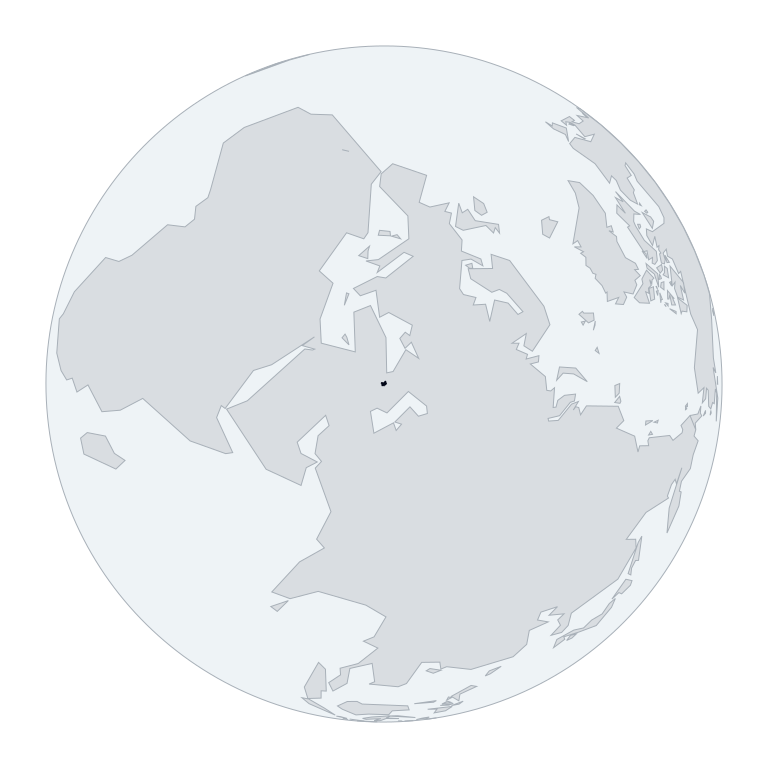 Shirak highlighted on a globe, orthographic projection, rotated 80°
{"feature_id": "ARM-1555", "entity_name": "Shirak", "entity_type": "Province", "adm_level": 1, "iso_a3": "ARM", "parent_name": "Armenia", "parent_adm1": "", "projection": "orthographic", "projection_center": [43.928, 40.787], "detail": "fine", "context": "on_globe", "style": "filled", "palette": "ink", "viewbox_px": 768, "rotation_deg": 80, "n_neighbors": 0, "source": "natural_earth", "source_scale": "10m", "svg_char_len": 11442}
<svg xmlns="http://www.w3.org/2000/svg" viewBox="0 0 768 768"><g transform="rotate(80 384 384)"><circle cx="384" cy="384" r="338" fill="#eef3f6" stroke="#a8b0b8"/><path d="M332.4,50.0L333.3,49.9L345.0,48.5L351.9,47.8L377.8,50.2L415.5,55.1L430.7,55.3L424.8,57.0L455.9,57.7L478.5,63.3L450.9,58.0L446.4,58.5L460.7,62.2L459.3,63.6L465.3,66.5L462.3,68.1L446.4,65.8L444.2,67.1L454.4,69.8L457.9,73.8L443.1,69.5L447.6,76.2L421.8,75.5L384.9,65.8L368.4,69.8L324.6,72.3L326.4,74.7L311.0,78.3L307.3,82.6L300.2,82.6L303.5,86.3L310.6,85.5L314.4,87.0L313.0,89.8L303.7,90.0L303.1,88.6L299.5,90.2L295.5,89.2L296.7,91.3L285.6,91.7L294.3,95.5L283.5,99.4L276.8,98.7L280.6,93.2L274.4,80.4L268.8,79.4L257.0,82.6L228.2,99.5L220.6,101.2L208.2,107.6L210.8,108.7L221.5,104.3L223.4,108.8L236.3,103.8L238.9,105.2L250.9,103.0L245.7,109.6L234.1,117.5L223.9,119.9L218.5,123.8L225.4,127.0L203.7,137.9L184.8,156.7L179.5,159.4L174.3,153.2L181.3,138.3L174.5,133.5L175.3,143.3L162.2,151.0L158.6,155.5L157.3,159.4L160.9,159.3L155.6,163.8L152.8,154.9L157.5,150.7L158.4,153.3L161.6,146.7L159.6,142.2L153.1,147.2L157.0,137.5L152.4,141.2L150.6,141.7L157.7,136.2L145.1,146.4L147.2,142.9L166.7,125.2L187.5,109.1L209.5,94.6L232.5,81.9L256.5,71.1L281.2,62.1L306.6,55.1L332.4,50.0ZM46.5,400.0L48.4,420.2L53.6,449.7L56.3,465.4L56.5,467.3L49.8,433.9L46.5,400.0ZM336.6,49.4L343.8,48.5L355.3,47.5L345.3,48.4L335.4,49.6L336.6,49.4ZM374.2,47.3L369.1,47.7L366.3,47.0L370.1,47.0L374.2,47.3ZM442.0,55.8L434.1,54.3L442.2,55.4L442.0,55.8ZM466.7,66.7L469.4,66.8L471.4,68.3L466.7,66.7ZM253.0,99.7L251.9,101.3L250.3,100.9L253.0,99.7ZM259.2,97.4L258.0,95.7L260.7,94.4L261.4,95.5L259.2,97.4ZM468.6,72.4L471.0,75.2L465.8,71.9L468.6,72.4ZM260.0,99.9L265.8,92.4L270.6,90.2L277.3,92.7L260.0,99.9ZM470.6,76.6L476.6,84.3L483.2,84.9L468.2,88.1L468.0,80.1L460.6,75.7L467.5,77.5L470.6,76.6ZM313.6,84.2L305.9,85.0L313.7,81.9L313.6,84.2ZM317.6,81.8L336.2,71.4L346.8,72.0L338.4,75.1L353.3,74.4L349.4,79.7L340.4,81.3L334.2,79.7L337.4,83.1L317.6,81.8ZM458.9,89.1L458.0,90.9L455.9,88.6L458.9,89.1ZM316.6,87.4L319.4,85.0L328.8,85.3L324.9,90.2L323.1,88.5L316.6,87.4ZM359.2,71.8L365.5,73.2L364.0,77.8L366.3,79.1L350.2,79.9L359.2,71.8ZM320.2,89.8L322.7,92.7L316.9,95.3L314.5,89.9L320.2,89.8ZM332.9,83.4L337.2,83.8L333.5,85.1L332.9,83.4ZM297.7,106.8L300.9,103.4L306.1,103.1L297.7,106.8ZM324.0,93.7L326.0,92.8L328.4,92.5L328.8,95.0L324.0,93.7ZM350.4,83.3L348.4,85.1L356.8,83.2L356.1,86.9L345.5,87.0L349.8,88.6L349.6,89.8L341.2,88.6L350.4,83.3ZM336.4,96.6L322.7,98.7L315.7,104.8L310.9,105.0L323.0,95.3L336.4,96.6ZM339.9,91.9L336.7,94.8L332.3,93.4L331.9,90.6L339.9,91.9ZM359.4,89.7L363.3,83.8L365.5,84.1L359.4,89.7ZM335.2,98.6L338.6,98.1L335.2,99.1L335.2,98.6ZM353.0,92.6L354.0,90.3L356.5,90.7L353.0,92.6ZM344.4,99.1L339.9,99.7L339.5,97.7L344.4,99.1ZM349.0,96.3L352.1,97.3L342.0,96.6L349.1,95.2L349.0,96.3ZM355.1,93.2L356.9,92.7L354.3,94.1L355.1,93.2ZM348.5,106.8L335.9,106.4L335.0,101.8L347.4,102.7L348.5,106.8ZM107.1,477.1L96.6,420.6L105.6,409.1L110.0,388.2L174.4,350.0L185.0,361.8L232.2,373.5L237.5,378.7L228.6,394.6L261.4,428.1L275.9,416.7L308.9,435.7L332.9,438.7L347.4,406.7L308.0,401.2L304.4,383.7L338.6,374.0L373.5,379.4L373.3,372.9L354.0,356.5L364.8,345.4L347.6,349.8L352.5,357.1L341.9,360.5L336.7,354.1L340.8,350.2L331.0,345.9L314.4,366.9L317.5,376.7L290.3,375.6L293.0,392.0L284.6,397.5L277.0,372.0L279.9,363.8L263.3,333.1L257.8,341.4L273.0,371.3L267.0,367.6L259.7,380.4L260.5,367.9L245.3,334.3L222.6,331.3L188.8,354.0L176.6,350.3L168.6,337.2L185.9,305.8L211.2,317.8L217.7,308.1L216.9,288.4L224.6,294.1L227.4,287.9L237.4,291.8L255.7,282.1L266.5,284.7L277.7,266.9L284.8,266.1L276.1,276.6L275.9,285.8L303.2,293.0L309.7,290.2L314.8,278.4L321.7,282.4L323.1,270.1L340.8,269.0L320.5,260.5L325.9,247.7L338.8,240.0L336.9,234.6L316.0,247.3L310.9,254.0L312.4,261.9L295.4,280.3L285.1,281.1L289.1,257.0L274.9,256.0L284.2,238.8L335.2,213.0L354.4,210.3L377.5,232.2L370.7,239.6L359.0,235.1L366.1,250.9L367.3,244.0L373.0,247.7L379.7,237.5L384.1,239.7L383.0,226.5L389.1,228.1L389.7,236.4L404.7,223.8L418.5,224.8L419.8,221.0L417.3,216.7L436.5,221.5L436.6,218.6L430.3,215.7L426.5,208.2L427.2,197.1L433.8,199.4L434.4,203.7L445.7,216.6L446.4,228.4L449.1,228.3L450.1,218.7L436.4,202.8L435.0,195.6L442.5,202.1L439.7,199.1L441.0,196.3L448.5,195.8L440.7,188.4L446.6,157.2L461.7,154.2L467.8,162.8L478.9,146.2L495.1,145.7L489.3,142.9L490.7,134.1L485.7,134.0L483.0,132.1L484.3,111.6L489.7,109.2L483.8,98.9L480.8,97.7L476.4,98.7L468.2,88.1L483.2,84.9L489.1,87.7L494.5,84.5L507.4,91.8L520.5,97.0L531.5,108.0L540.9,111.7L541.9,110.1L555.4,114.8L579.9,131.2L555.7,124.7L518.2,105.2L533.1,113.3L528.4,113.8L533.0,118.4L543.6,124.4L545.7,123.6L556.0,148.3L579.1,172.4L580.6,163.1L589.2,164.2L616.8,187.6L642.2,239.3L653.8,244.6L659.5,252.2L660.5,263.1L652.2,252.1L646.5,253.9L641.6,246.6L640.4,261.6L633.4,251.8L635.9,269.1L643.1,273.8L646.8,263.6L651.9,283.7L665.2,288.7L675.0,304.2L680.2,347.9L673.3,371.4L674.6,377.5L667.6,377.3L664.7,395.2L682.9,413.9L684.6,422.7L676.9,450.8L675.6,444.9L657.1,444.2L658.2,467.0L672.4,472.4L677.5,487.6L668.5,490.3L662.9,477.3L656.3,476.6L654.8,457.9L643.0,435.9L633.7,448.9L631.3,437.7L613.7,422.5L598.6,440.3L576.8,484.8L579.1,513.8L569.3,530.6L544.5,498.0L535.1,471.2L525.1,477.3L500.5,458.4L454.9,466.3L449.4,459.0L440.6,464.0L423.5,457.9L415.5,445.3L404.7,446.9L426.2,479.6L438.0,477.8L449.2,463.3L452.9,475.1L469.5,483.3L447.5,514.9L381.4,543.4L376.8,521.5L335.8,455.9L338.1,448.6L338.0,447.8L337.6,446.2L332.0,457.8L325.5,444.3L345.5,491.3L348.0,510.2L380.5,544.7L377.0,548.0L388.0,554.7L425.3,544.9L425.1,552.0L406.4,584.8L356.3,624.1L364.0,648.3L362.3,666.6L333.5,675.7L338.6,687.8L324.1,690.0L324.9,695.8L314.7,699.7L296.7,700.9L263.4,692.4L259.2,687.6L239.4,672.9L211.1,636.2L217.3,623.8L213.4,609.8L189.6,569.5L194.7,552.7L188.8,542.0L176.4,538.4L169.9,525.1L162.6,521.1L118.8,500.4L107.1,477.1ZM148.8,378.0L146.3,384.0L146.2,384.0L148.8,378.0ZM408.6,402.1L430.7,402.5L423.9,381.4L431.9,380.1L426.6,373.7L423.3,379.9L411.0,362.4L421.7,355.7L420.6,346.4L413.1,345.9L395.6,361.3L413.0,386.1L406.6,395.0L408.6,402.1ZM162.4,151.5L162.5,152.4L160.1,156.8L159.2,155.7L162.4,151.5ZM162.2,172.7L153.8,179.5L159.1,173.5L156.1,172.8L163.6,160.0L177.3,160.1L169.8,162.0L162.2,172.7ZM177.4,144.0L171.1,151.4L177.4,143.4L177.4,144.0ZM232.8,252.6L234.8,258.6L228.9,264.4L215.2,263.3L223.6,254.5L232.8,252.6ZM239.0,265.8L246.7,243.5L255.5,244.0L249.3,247.3L254.3,249.9L245.6,256.1L246.4,279.3L241.3,286.2L218.9,279.0L229.0,277.2L226.5,271.2L239.0,265.8ZM250.9,192.5L254.4,184.7L269.0,195.6L264.1,201.7L250.1,200.4L247.8,192.5L250.9,192.5ZM270.8,106.5L271.2,104.2L273.8,103.9L275.5,105.7L270.8,106.5ZM298.8,105.2L271.8,116.9L270.9,114.6L256.2,125.1L248.1,123.5L257.8,116.6L240.6,123.7L246.1,116.8L234.7,122.6L257.3,107.3L261.6,102.0L259.9,108.4L267.3,109.9L271.8,108.9L287.7,102.7L300.6,92.8L310.0,93.4L313.2,96.5L311.5,98.9L306.0,97.6L307.7,101.8L298.4,101.9L298.8,105.2ZM345.3,142.1L339.5,137.8L341.5,149.7L332.2,148.4L333.0,149.9L324.9,152.2L316.6,157.7L312.8,156.2L311.2,159.1L305.8,160.9L302.3,164.5L294.3,163.2L289.4,167.6L288.4,164.5L282.0,172.7L283.2,166.1L276.4,168.4L278.8,173.6L244.5,161.3L229.2,162.4L215.7,167.4L219.6,156.4L234.6,145.3L254.2,136.4L268.4,137.3L267.6,132.7L274.1,131.9L272.1,135.9L279.2,129.4L284.0,129.9L301.5,124.3L308.8,115.4L315.3,113.5L314.9,117.3L321.8,112.8L325.4,118.9L330.2,117.8L338.6,123.1L335.0,131.7L340.6,129.9L347.3,134.4L345.3,142.1ZM350.6,108.5L348.4,118.2L342.3,122.6L330.2,111.6L325.4,111.8L317.5,105.7L326.6,99.8L328.0,101.9L331.5,102.8L327.3,104.3L333.3,103.7L335.5,106.9L340.7,107.4L338.6,110.3L350.6,108.5ZM245.7,374.3L250.2,376.6L257.7,378.2L253.2,386.6L245.7,374.3ZM234.8,351.6L239.2,351.9L236.5,363.8L231.9,361.7L234.8,351.6ZM243.9,342.4L239.7,351.0L239.2,345.2L243.9,342.4ZM280.4,276.5L285.4,276.5L285.0,279.5L281.2,283.0L280.4,276.5ZM349.2,179.9L346.9,176.0L348.9,174.9L350.5,165.4L357.6,166.0L359.3,172.0L349.2,179.9ZM339.4,411.7L331.2,417.3L328.1,413.7L331.5,412.5L339.4,411.7ZM289.1,402.9L299.6,409.4L287.8,405.1L289.1,402.9ZM357.2,178.9L357.0,174.8L360.6,177.7L357.2,178.9ZM362.8,166.0L367.4,168.5L358.6,165.0L362.8,166.0ZM421.2,662.8L400.9,691.7L384.6,692.2L380.3,684.7L386.9,667.4L405.5,661.6L414.3,652.3L421.2,662.8ZM705.9,482.7L708.1,477.8L707.7,479.1L705.9,482.7ZM703.9,484.9L706.9,478.5L702.8,488.6L703.9,484.9ZM708.0,476.0L711.0,466.7L712.4,461.8L711.7,464.8L708.0,476.0ZM701.6,489.5L685.8,513.3L678.7,519.3L681.1,512.9L692.7,499.1L701.6,489.5ZM680.5,513.6L668.6,515.1L646.8,496.8L654.7,491.2L676.4,494.2L675.2,499.2L682.4,500.5L680.5,513.6ZM706.4,456.5L705.0,469.1L697.0,481.6L693.0,485.7L690.3,475.3L691.9,465.7L695.4,461.1L705.1,416.5L709.3,415.8L707.3,432.6L710.5,436.8L706.4,456.5ZM580.7,515.8L589.4,528.6L583.5,534.1L580.7,515.8ZM706.0,390.5L704.1,409.7L704.9,387.4L706.0,390.5ZM704.6,372.0L706.2,377.2L703.4,374.9L704.6,372.0ZM677.4,385.7L673.8,392.2L672.2,388.2L675.8,377.6L677.4,385.7ZM682.4,317.6L687.9,329.8L689.1,335.0L684.8,330.1L682.4,317.6ZM417.0,183.4L407.0,195.5L404.4,205.7L410.3,213.3L397.7,208.2L401.6,192.4L417.0,183.4ZM442.3,160.0L437.1,154.1L442.1,153.7L444.0,155.0L442.3,160.0ZM437.2,158.5L425.6,156.9L424.5,151.8L433.9,154.0L437.2,158.5ZM391.2,166.9L387.7,170.2L384.9,167.7L391.2,166.9ZM714.6,453.9L711.0,469.0L715.0,451.8L715.5,449.3L714.6,453.9ZM721.7,397.3L721.3,401.3L721.9,390.3L721.7,397.3ZM719.0,424.6L718.6,428.0L718.2,428.6L719.0,424.6ZM720.6,413.8L719.5,422.3L719.8,418.9L720.6,413.5L720.6,413.8ZM712.2,435.4L713.2,439.9L716.1,427.3L713.8,440.0L714.9,446.0L713.8,452.2L713.0,445.2L711.1,459.9L709.6,463.2L709.8,454.2L711.7,437.1L713.1,428.0L717.9,411.0L712.2,435.4ZM720.1,410.4L719.7,404.6L719.8,397.3L720.4,399.1L720.1,410.4ZM716.6,391.7L713.4,388.3L711.9,397.5L713.4,372.8L716.5,380.2L716.6,391.7ZM711.5,375.9L710.3,384.4L710.6,371.2L711.5,375.9ZM709.2,382.5L707.4,376.4L709.2,373.2L709.2,382.5ZM712.4,373.4L710.1,361.1L712.3,365.7L712.4,373.4ZM702.6,363.1L709.0,365.3L703.3,372.0L696.0,350.6L697.9,345.3L702.6,363.1ZM668.3,248.7L663.9,243.9L663.6,238.1L666.8,243.0L668.3,248.7ZM658.7,216.9L662.1,235.1L664.2,250.8L666.8,250.3L673.1,262.8L665.6,258.1L659.3,239.8L658.9,229.8L652.5,220.4L648.3,209.1L639.3,200.2L635.4,193.4L643.4,198.7L658.7,216.9ZM635.4,196.9L618.3,179.7L620.7,173.9L625.0,176.3L631.9,186.4L630.2,188.9L635.4,196.9ZM614.9,174.1L613.1,176.5L584.1,161.1L578.6,156.5L601.9,164.0L601.5,166.9L608.2,172.1L614.9,174.1ZM461.7,91.6L458.3,90.9L461.0,90.1L461.7,91.6ZM480.2,132.3L477.0,129.5L480.2,128.3L480.2,132.3ZM469.9,121.5L468.5,124.7L467.3,120.3L469.9,121.5ZM465.9,132.5L466.7,125.6L469.8,133.6L465.9,132.5Z" fill="#d9dde1" stroke="#a8b0b8" stroke-width="1"/><path d="M383.1,382.1L383.3,382.1L383.5,381.9L384.1,381.8L384.2,382.2L384.2,382.3L384.3,382.3L384.5,382.6L384.7,382.8L384.6,383.0L384.8,383.0L384.8,383.3L384.7,383.5L384.5,383.4L384.5,383.5L384.4,383.7L384.4,383.8L384.5,383.9L384.5,384.0L384.8,384.2L384.8,384.3L385.1,384.3L384.9,384.6L384.7,384.8L384.8,385.0L385.0,385.2L385.2,385.3L385.1,385.5L385.1,385.8L384.9,385.8L384.7,385.9L384.6,386.0L384.5,385.9L384.4,385.8L384.2,385.8L383.9,385.9L383.7,385.8L383.6,385.7L383.4,385.7L383.3,385.8L383.2,385.8L383.0,386.0L382.9,386.0L382.7,386.2L382.4,385.9L382.5,385.6L382.8,385.5L382.8,385.4L383.0,385.0L383.0,384.9L383.1,384.7L383.1,384.2L382.8,383.7L382.8,383.4L382.8,383.2L382.7,383.1L382.4,382.8L382.2,382.7L381.9,382.6L381.8,382.4L381.8,382.2L382.0,382.1L382.4,382.0L383.1,382.1Z" fill="#0f172a" stroke="#020617" stroke-width="1.5"/></g></svg>